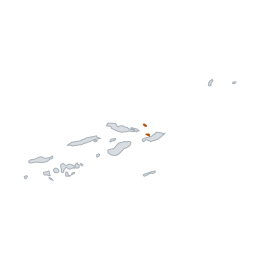 Ulawa-Ugi, Makira, Solomon Islands (highlighted), rotated 313°
{"feature_id": "97153195B5813678005448", "entity_name": "Ulawa-Ugi", "entity_type": "district", "adm_level": 2, "iso_a3": "SLB", "parent_name": "Solomon Islands", "parent_adm1": "Makira", "projection": "albers", "projection_center": [161.907, -10.009], "detail": "fine", "context": "in_parent", "style": "filled", "palette": "amber", "viewbox_px": 256, "rotation_deg": 313, "n_neighbors": 0, "source": "geoboundaries", "source_scale": "gbopen_adm2", "svg_char_len": 4556}
<svg xmlns="http://www.w3.org/2000/svg" viewBox="0 0 256 256"><g transform="rotate(313 128 128)"><path d="M99.1,128.7L103.3,131.7L105.2,131.5L110.7,131.5L113.9,133.7L115.8,134.7L116.9,136.7L118.3,137.1L119.1,138.1L119.5,140.0L117.5,141.0L116.3,141.3L113.1,140.6L110.1,139.2L104.0,139.1L101.2,138.7L100.2,138.1L99.3,137.4L97.8,135.7L96.7,133.7L96.5,132.5L96.4,130.3L96.8,129.4L97.9,128.6L99.1,128.7ZM118.1,110.1L122.9,115.8L122.7,116.8L122.1,117.5L121.9,119.4L122.5,120.2L123.8,120.5L126.0,122.5L126.9,125.8L127.9,127.0L127.9,129.4L130.0,132.7L130.2,134.4L130.0,135.1L129.1,134.7L126.6,130.9L123.8,129.2L123.4,128.5L120.5,126.3L118.6,122.6L116.5,116.0L117.5,114.4L115.1,111.2L115.2,110.3L116.9,110.5L117.2,110.1L118.1,110.1ZM100.9,113.0L101.5,114.8L99.0,113.2L97.0,111.3L91.4,109.2L90.2,108.1L89.2,107.9L86.3,106.2L83.5,105.0L81.4,102.8L80.3,102.4L78.6,100.7L76.8,99.6L76.2,97.5L74.5,96.1L74.1,95.5L79.4,96.6L81.9,98.9L84.0,100.1L84.8,101.1L86.7,102.3L88.4,102.4L90.1,103.7L91.6,104.0L92.9,104.7L100.8,110.4L99.9,111.9L100.9,113.0ZM136.6,150.1L139.0,151.2L140.4,151.0L142.5,151.8L144.0,151.4L145.0,152.4L147.5,156.3L147.5,157.6L149.1,158.5L147.7,158.7L145.8,158.2L144.4,158.5L142.8,157.8L140.2,157.4L138.0,156.4L133.3,153.5L133.3,152.1L132.5,151.4L132.3,149.6L130.6,149.0L128.6,148.9L128.4,148.1L128.8,146.5L130.3,146.6L132.1,147.2L136.6,150.1ZM55.5,91.6L56.1,92.3L54.6,93.4L52.6,92.8L52.2,91.8L50.8,92.1L48.1,91.6L44.2,88.9L40.1,83.7L36.2,80.9L35.5,80.0L35.4,78.5L35.9,78.0L38.3,78.5L41.4,80.9L46.6,83.2L48.0,84.5L48.9,87.5L49.8,88.4L52.5,90.7L55.5,91.6ZM61.0,109.1L62.2,110.7L63.6,114.2L63.4,115.4L62.4,115.5L62.1,116.3L60.8,114.6L59.0,114.1L57.7,113.1L57.1,109.7L56.0,109.5L53.1,109.9L52.2,111.0L50.8,110.7L50.5,109.7L50.7,108.7L52.5,107.7L52.9,106.4L54.6,104.2L55.7,103.9L57.8,104.6L58.1,107.7L58.8,108.7L61.0,109.1ZM115.1,177.4L113.8,178.0L112.6,177.7L111.6,177.2L110.9,175.7L109.3,174.8L107.0,174.4L105.8,173.5L104.2,173.2L103.8,172.4L103.9,171.6L104.1,171.1L105.6,171.5L112.7,175.4L115.1,177.4ZM40.3,103.3L39.9,103.5L39.3,102.5L38.8,102.2L38.8,101.0L36.8,99.2L36.7,97.8L37.8,96.6L39.3,97.3L40.8,98.9L42.6,99.4L42.2,100.4L40.7,102.4L40.3,103.3ZM50.0,106.2L49.2,107.0L47.1,106.9L45.5,104.9L45.5,103.5L46.7,102.1L48.2,101.8L49.1,102.3L49.9,103.5L50.2,104.9L50.0,106.2ZM67.7,117.6L65.8,119.1L64.4,118.6L63.3,117.3L63.8,115.3L64.9,114.9L65.5,114.2L67.6,114.7L68.1,115.1L66.9,116.1L67.6,116.9L67.7,117.6ZM220.5,157.7L217.4,158.1L216.1,159.5L214.5,159.3L214.0,158.2L214.0,157.6L214.9,157.7L215.3,156.6L216.3,156.1L218.4,155.9L221.1,156.5L220.4,157.5L220.5,157.7ZM133.4,135.4L133.5,138.1L132.1,136.6L131.4,137.2L130.8,136.4L130.9,133.2L129.9,130.1L130.7,130.4L133.4,135.4ZM53.9,118.3L53.9,118.6L52.9,118.1L50.5,115.5L50.9,114.6L53.0,112.9L53.7,112.7L54.3,113.7L53.8,115.3L53.1,115.7L52.8,117.1L53.9,118.3ZM107.1,123.3L108.7,123.5L111.7,126.0L111.0,126.8L109.6,126.4L109.1,126.6L108.7,125.7L107.2,125.0L105.9,124.9L105.7,124.0L107.1,123.3ZM88.4,125.9L86.1,125.6L85.5,125.0L86.3,124.0L87.2,123.4L88.1,123.9L89.1,124.1L89.3,125.3L88.4,125.9ZM23.8,87.6L21.9,88.1L20.7,87.5L21.2,86.0L21.8,85.2L24.2,86.5L23.8,87.6ZM97.8,113.9L96.9,114.2L95.6,113.5L95.0,112.8L95.2,111.8L96.0,111.4L96.9,112.1L97.0,112.8L97.8,113.9ZM235.3,175.5L233.7,175.8L233.0,175.7L231.9,174.0L232.8,173.6L234.0,173.8L234.3,174.8L235.3,175.5ZM58.9,119.1L58.8,119.8L57.7,119.6L55.3,118.6L55.2,118.2L56.6,118.0L57.6,118.1L58.9,119.1ZM38.9,106.6L38.5,108.6L37.5,106.2L37.7,104.2L38.1,104.0L38.9,106.6ZM70.5,119.7L69.1,120.3L68.6,119.5L69.6,117.4L70.5,119.7Z" fill="#d9dde1" stroke="#a8b0b8" stroke-width="1"/><path d="M142.2,137.1L141.9,137.2L141.9,137.3L141.8,137.2L141.7,137.2L141.4,137.1L141.2,137.1L141.2,137.3L141.1,137.5L141.0,137.8L141.0,138.0L141.0,138.3L141.1,138.5L141.1,138.8L141.3,138.9L141.3,139.0L141.3,139.3L141.4,139.5L141.5,139.7L141.5,139.8L141.6,140.0L141.8,140.0L141.8,139.9L141.9,139.7L142.0,139.7L142.0,139.4L141.9,139.4L141.8,139.2L141.9,138.9L141.9,138.7L141.8,138.4L141.8,138.5L141.8,138.4L141.8,138.2L141.9,137.9L141.8,137.7L142.0,137.6L142.1,137.4L142.1,137.2L142.2,137.1ZM137.6,147.6L137.5,147.4L137.5,147.5L137.4,147.5L137.4,147.4L137.3,147.2L137.2,146.9L137.0,146.7L136.9,146.7L136.7,146.6L136.5,146.8L136.4,147.0L136.4,147.3L136.4,147.5L136.5,147.5L136.8,147.5L136.8,147.8L136.8,148.0L136.7,148.2L136.7,148.3L136.8,148.4L137.0,148.4L137.0,148.5L137.1,148.4L137.3,148.3L137.3,148.2L137.5,148.1L137.5,147.9L137.6,147.7L137.6,147.6ZM136.2,146.1L136.1,145.9L135.9,145.8L135.9,146.0L136.0,146.2L136.2,146.1Z" fill="#f59e0b" stroke="#b45309" stroke-width="1.5"/></g></svg>